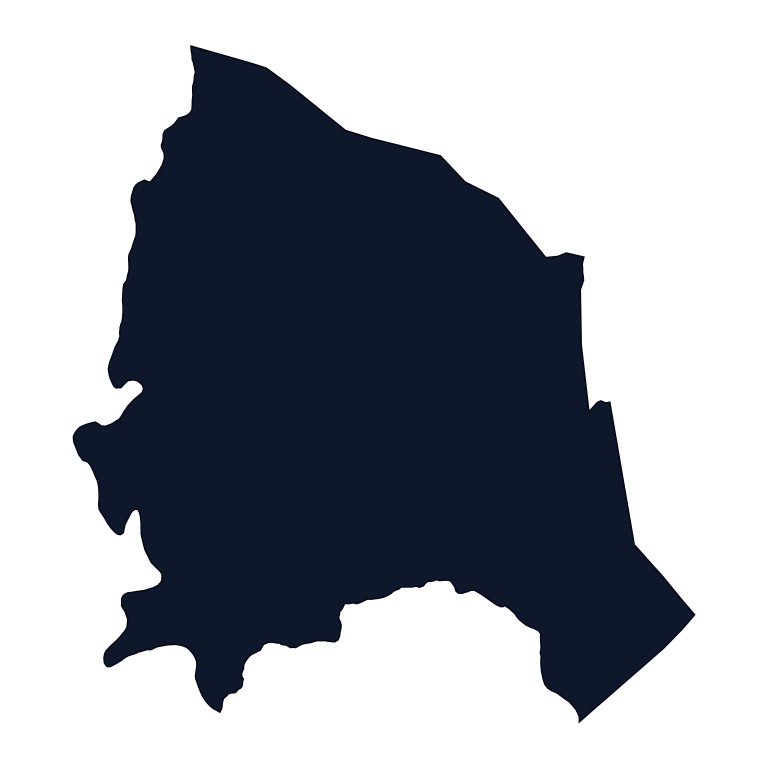 outline of San Vicente Coatlán, Oaxaca, Mexico
{"feature_id": "50627088B21982561063626", "entity_name": "San Vicente Coatlán", "entity_type": "district", "adm_level": 2, "iso_a3": "MEX", "parent_name": "Mexico", "parent_adm1": "Oaxaca", "projection": "natural_earth1", "projection_center": [-96.852, 16.376], "detail": "fine", "context": "isolated", "style": "filled", "palette": "ink", "viewbox_px": 768, "rotation_deg": 0, "n_neighbors": 0, "source": "geoboundaries", "source_scale": "gbopen_adm2", "svg_char_len": 5928}
<svg xmlns="http://www.w3.org/2000/svg" viewBox="0 0 768 768"><path d="M191.0,46.1L191.2,50.1L191.3,50.2L192.1,55.5L192.3,59.6L193.5,62.6L194.3,66.5L195.5,72.2L194.4,76.3L194.4,78.7L194.0,81.7L193.4,84.1L192.7,86.4L192.7,88.3L192.8,90.1L192.7,91.8L193.0,94.5L192.7,98.6L192.4,100.1L192.3,105.5L192.2,108.9L191.2,111.3L190.0,113.0L188.2,114.6L184.9,116.3L180.7,117.6L178.5,118.2L176.8,121.0L174.2,124.1L171.6,126.2L168.5,128.4L165.0,130.6L163.9,132.5L163.2,135.0L163.2,138.5L162.7,141.7L161.4,145.2L161.8,148.0L163.2,150.9L163.9,152.2L164.2,153.8L164.4,158.3L162.5,164.5L160.7,167.9L158.7,171.2L156.7,174.6L154.6,176.9L151.1,181.3L149.1,182.2L144.4,180.2L141.2,181.7L138.0,183.3L135.8,185.2L134.0,188.0L133.2,190.8L131.5,196.4L131.1,200.9L132.1,205.0L133.4,210.5L134.7,214.5L135.3,219.2L136.4,224.0L136.4,228.2L136.4,232.0L136.0,235.8L134.2,240.9L132.9,244.7L132.2,247.9L130.4,251.5L129.1,254.7L128.7,257.8L128.9,261.8L129.0,265.5L129.0,270.5L127.7,275.4L126.8,280.2L123.8,284.6L123.1,289.6L122.9,295.2L122.5,300.0L123.0,305.0L123.1,309.1L123.0,313.2L122.7,317.6L122.1,321.7L121.0,324.3L120.2,327.4L120.0,330.2L119.7,333.5L120.2,336.3L119.4,338.0L118.9,340.5L116.8,344.4L115.3,347.1L113.8,351.2L113.0,353.9L112.1,356.3L110.8,359.5L109.2,364.3L108.4,369.2L109.5,375.9L110.7,379.4L112.5,383.5L113.9,386.1L116.0,387.9L118.1,387.7L121.0,387.6L122.9,385.5L125.5,382.7L127.8,380.6L130.8,380.1L133.6,379.9L136.8,380.6L139.9,382.6L142.5,385.2L143.6,388.6L142.2,392.7L137.1,396.9L134.4,399.2L131.6,402.2L128.1,405.8L125.9,409.1L123.9,412.0L121.6,416.0L119.3,419.3L115.7,421.4L112.0,423.8L108.3,425.3L105.2,426.4L101.2,426.0L98.8,424.2L95.2,422.1L91.9,422.9L88.5,423.8L85.4,424.8L82.9,425.9L79.8,427.3L76.8,430.4L74.7,433.5L73.4,436.6L73.7,441.6L76.2,448.0L78.9,454.7L81.6,458.4L83.0,460.3L85.2,460.9L88.0,462.2L90.8,465.8L93.2,470.9L95.4,476.2L97.7,481.5L98.8,487.1L99.1,492.9L99.1,499.2L98.7,504.8L99.2,509.1L100.8,512.0L104.6,517.8L108.3,524.2L111.0,527.9L114.4,531.6L117.4,534.0L120.3,534.7L123.1,533.0L123.9,529.5L125.0,524.5L127.1,520.2L130.1,514.5L131.4,512.1L133.0,510.4L135.2,509.2L137.8,509.3L139.4,512.2L140.5,516.3L141.1,522.1L141.2,526.2L141.2,530.4L141.2,533.5L141.9,537.3L142.7,540.7L144.0,546.0L145.0,549.7L146.5,553.0L148.7,557.0L150.3,560.6L151.7,563.0L153.7,564.8L155.9,567.2L159.0,570.0L161.3,572.8L162.2,575.1L161.8,580.8L160.4,582.9L158.0,585.3L153.6,587.7L148.4,589.3L144.4,590.5L139.8,591.2L136.9,591.6L134.6,592.0L131.2,592.5L127.8,592.9L124.9,594.2L123.0,595.9L121.8,598.6L121.7,601.3L121.7,605.6L122.7,607.8L125.0,611.2L126.4,615.2L127.8,619.2L127.5,623.2L126.9,627.7L124.6,631.5L122.0,634.5L119.5,637.6L116.0,641.2L113.0,643.9L110.2,646.5L108.3,648.6L105.9,651.3L104.8,653.7L104.0,657.2L104.3,662.4L105.6,664.9L107.5,666.6L110.2,666.5L113.1,665.1L115.8,663.7L117.7,662.5L119.7,661.3L121.6,660.2L122.9,659.0L125.4,657.2L128.0,655.8L131.2,654.7L133.6,654.0L136.2,653.1L138.3,652.0L141.9,651.1L147.1,649.5L150.8,649.7L152.9,648.7L156.4,646.9L159.2,646.3L163.5,645.5L167.8,644.7L171.3,644.6L174.6,644.3L177.4,644.6L180.4,645.1L182.9,645.8L186.7,647.3L189.3,649.4L192.7,653.3L195.1,657.2L196.7,661.4L196.9,665.9L196.2,670.6L195.7,674.5L195.5,676.2L195.8,678.7L197.1,682.4L198.4,686.2L200.3,691.0L202.8,696.6L205.9,701.2L210.0,705.9L213.6,708.6L217.8,711.0L219.9,712.2L221.7,708.3L222.1,704.4L222.7,700.8L223.8,698.2L226.4,695.9L228.4,693.7L231.3,692.8L234.1,692.8L235.9,692.1L237.0,690.6L238.3,689.3L240.5,688.1L242.0,686.0L242.5,683.5L242.5,681.5L243.4,679.1L242.1,677.3L241.5,674.6L241.9,672.6L242.5,670.5L243.4,669.2L243.5,667.0L243.9,664.3L245.1,662.0L246.1,660.3L248.0,657.7L250.1,655.5L252.6,653.8L255.7,652.4L257.9,651.1L260.1,650.3L261.5,647.9L262.4,646.1L263.8,644.3L266.5,643.0L269.2,642.1L272.0,642.1L274.3,642.5L277.7,643.0L280.0,643.1L281.2,644.3L283.0,644.7L286.4,645.1L288.9,646.7L290.8,647.5L293.6,647.3L295.9,647.5L298.9,645.6L301.4,644.4L304.7,643.4L307.8,642.9L311.3,642.4L313.6,641.6L315.9,640.9L317.9,640.5L321.4,640.7L324.9,640.6L328.6,641.2L332.2,641.6L334.7,641.8L336.2,641.0L338.0,639.8L338.8,637.9L339.7,635.2L339.9,632.7L341.0,627.4L341.0,624.6L340.1,621.6L339.0,619.3L338.6,617.1L339.3,614.6L339.9,611.2L341.1,610.2L342.5,608.0L343.5,606.0L344.7,603.4L349.0,603.6L352.9,602.8L356.3,603.6L359.5,602.8L363.4,601.0L365.3,600.1L367.4,599.1L371.8,599.1L376.5,598.5L379.7,598.0L383.3,597.2L387.3,595.5L391.3,593.2L393.1,591.4L395.7,590.1L399.4,588.7L400.8,587.0L404.0,587.0L407.2,586.9L412.3,586.9L415.7,586.2L417.2,586.3L419.3,587.2L423.4,585.8L425.0,583.7L427.2,581.6L430.2,581.3L432.7,581.0L434.7,580.3L436.2,579.5L439.6,580.6L442.5,580.3L445.9,580.1L449.1,580.3L450.8,581.3L452.8,584.0L454.8,586.7L455.5,589.3L456.1,591.2L458.4,593.1L462.5,593.2L464.8,592.3L468.1,591.5L470.5,590.2L474.5,590.2L477.9,592.1L481.6,594.4L485.3,596.9L488.8,599.4L491.9,601.6L496.1,604.6L500.6,606.6L503.5,606.5L504.7,605.3L507.7,607.5L509.4,608.5L512.8,611.7L515.0,613.8L516.9,616.7L518.8,619.0L521.3,621.3L523.1,622.7L525.9,624.9L530.7,627.2L534.8,628.7L539.1,631.2L540.8,634.1L540.6,637.6L540.8,641.1L541.0,644.7L541.1,648.5L540.7,650.8L540.3,652.7L540.7,654.2L541.2,656.2L540.9,662.0L541.1,666.2L541.2,667.3L541.6,671.4L542.5,675.9L543.5,680.4L544.9,684.2L545.1,684.6L547.7,688.0L551.7,690.6L553.3,691.3L557.2,693.0L561.8,696.5L565.8,699.4L569.5,701.9L573.5,706.5L574.2,707.4L576.0,709.5L577.7,712.8L579.4,716.8L579.3,721.9L584.3,717.5L587.1,715.0L592.9,709.9L595.7,707.4L599.9,703.8L663.3,648.5L682.5,628.8L694.6,614.8L681.8,599.8L661.4,574.9L653.4,566.2L637.7,548.6L634.2,544.7L631.8,530.5L621.0,467.6L609.8,402.2L605.8,403.0L600.7,400.9L597.3,402.5L588.9,411.7L581.2,344.5L580.3,289.7L583.5,280.4L583.2,276.5L582.5,271.9L582.6,268.5L582.2,264.9L582.5,262.5L583.9,257.1L566.2,253.0L557.9,256.4L545.7,257.6L499.1,199.5L498.4,198.6L465.0,182.0L445.0,160.8L442.9,158.6L440.4,155.9L371.6,138.6L345.5,130.5L289.8,85.4L266.4,68.2L252.5,63.7L191.0,46.1Z" fill="#0f172a" stroke="#020617" stroke-width="1.5"/></svg>